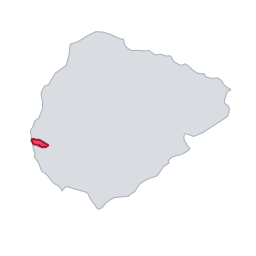 Aiguá, Maldonado, Uruguay (highlighted), rotated 105°
{"feature_id": "84410073B87742847582616", "entity_name": "Aiguá", "entity_type": "district", "adm_level": 2, "iso_a3": "URY", "parent_name": "Uruguay", "parent_adm1": "Maldonado", "projection": "orthographic", "projection_center": [-54.554, -34.619], "detail": "fine", "context": "in_parent", "style": "filled", "palette": "rose", "viewbox_px": 256, "rotation_deg": 105, "n_neighbors": 0, "source": "geoboundaries", "source_scale": "gbopen_adm2", "svg_char_len": 4274}
<svg xmlns="http://www.w3.org/2000/svg" viewBox="0 0 256 256"><g transform="rotate(105 128 128)"><path d="M205.8,175.4L204.2,176.8L202.4,179.5L200.4,186.0L193.6,195.0L192.2,200.1L184.9,205.3L179.8,211.3L176.5,211.1L173.5,213.7L156.3,221.5L150.2,220.1L145.6,220.1L141.4,216.7L131.7,215.6L125.6,217.0L117.5,220.9L115.1,220.9L113.3,220.7L108.9,219.2L106.4,215.9L93.8,212.4L83.5,203.9L71.5,204.0L62.4,205.5L60.9,204.4L59.9,202.1L57.9,199.0L49.8,191.5L43.3,184.1L41.8,176.7L42.3,168.4L43.9,158.7L43.4,155.7L45.7,153.9L48.0,153.4L50.1,150.9L51.9,147.0L52.2,144.1L50.5,138.9L49.1,131.5L47.7,127.8L50.1,121.9L50.1,119.1L48.6,116.7L48.1,114.1L48.7,111.5L48.4,108.9L47.4,106.5L48.1,104.5L50.4,102.8L52.1,100.4L53.1,97.0L53.6,94.5L53.6,92.8L52.8,91.2L51.3,89.7L51.9,86.6L54.6,82.0L56.3,77.9L57.0,74.3L56.9,71.5L55.9,69.3L56.2,67.9L58.0,67.0L58.7,64.7L58.2,59.0L56.3,54.4L57.6,50.6L61.4,46.2L63.4,42.7L63.5,40.0L64.7,38.5L66.7,41.3L72.3,41.9L78.0,41.8L78.9,41.1L81.1,36.3L84.0,34.9L87.2,34.5L90.7,34.7L94.5,37.7L105.3,47.6L113.1,54.5L115.5,57.7L117.6,60.2L119.2,62.5L118.6,68.5L118.7,71.1L119.1,71.9L120.8,71.9L123.5,71.4L125.6,70.1L127.3,68.2L129.0,66.6L130.3,65.7L130.8,64.5L131.6,63.1L132.4,62.8L133.9,63.8L137.6,67.2L140.4,70.4L141.1,72.2L142.2,74.1L143.3,75.7L144.1,77.3L146.8,79.4L149.6,80.7L151.4,79.3L156.1,83.7L166.3,87.3L168.2,89.5L170.0,92.7L173.6,97.4L178.5,101.7L182.4,103.5L186.3,104.6L188.4,105.5L189.8,107.2L192.1,109.0L193.6,109.6L194.1,111.2L195.6,114.7L197.1,119.1L198.8,123.2L202.4,127.1L206.5,130.2L210.8,131.9L213.2,134.1L214.2,136.3L211.3,139.6L208.1,143.7L205.3,146.9L202.4,149.1L201.4,150.6L200.8,153.1L200.7,165.9L200.4,170.7L200.6,171.9L201.0,172.8L202.8,174.1L204.9,175.2L205.8,175.4Z" fill="#d9dde1" stroke="#a8b0b8" stroke-width="1"/><path d="M163.4,205.9L163.4,206.0L163.8,206.2L163.9,206.3L163.9,206.5L164.0,206.7L163.9,206.8L163.6,207.1L163.4,207.3L163.1,207.4L162.9,207.5L162.8,207.8L162.9,208.2L162.8,208.5L162.4,209.4L162.4,209.5L162.5,209.7L162.5,209.9L162.4,209.9L162.3,210.0L162.3,210.4L162.2,210.5L162.3,210.6L162.5,210.8L162.5,211.0L162.4,211.5L162.6,211.6L162.6,211.8L162.5,212.0L162.6,212.4L163.0,212.6L163.2,212.9L163.2,213.0L163.1,213.4L162.9,213.7L163.0,213.9L163.0,214.0L162.9,214.1L162.9,214.4L163.0,215.1L163.0,215.4L163.2,215.5L162.9,215.8L162.9,216.0L163.1,216.1L163.3,216.2L163.3,216.3L163.2,216.4L163.1,216.5L162.8,216.7L162.9,216.8L163.0,217.0L163.3,217.3L163.5,217.4L163.7,217.5L163.6,217.8L163.6,218.0L163.9,217.9L164.0,217.9L164.4,217.8L164.5,217.9L164.6,218.0L164.8,218.2L165.0,218.1L164.9,218.1L165.0,218.1L164.9,218.0L164.9,217.9L165.0,217.8L165.1,217.6L165.3,217.4L165.7,217.2L167.1,216.4L167.0,216.2L167.3,216.1L167.6,215.9L167.7,215.7L167.7,215.4L167.5,215.2L167.6,214.8L167.6,214.7L167.8,214.5L167.7,214.6L167.8,214.7L168.0,214.7L168.3,214.7L168.4,214.2L168.3,213.8L168.2,213.7L168.0,213.4L168.0,213.2L167.9,212.9L168.0,212.8L168.0,212.7L168.1,212.4L168.1,212.2L168.1,211.9L168.0,211.7L168.1,211.4L168.0,211.2L167.9,211.0L167.8,210.9L167.9,210.7L168.0,210.6L167.9,210.5L168.0,210.4L168.1,210.2L168.0,209.9L168.1,209.7L168.0,209.4L167.9,209.3L168.0,209.3L167.9,209.2L168.0,209.0L167.9,209.0L168.0,208.9L167.9,208.9L168.0,208.8L168.0,208.7L168.2,208.4L168.1,208.2L168.2,207.9L168.3,207.8L168.3,207.7L168.5,207.7L168.6,207.4L168.7,207.2L168.8,207.2L169.0,206.9L169.1,206.6L169.1,206.4L169.0,206.2L169.0,205.9L168.8,205.9L168.7,205.6L168.7,205.4L168.5,205.2L168.4,205.1L168.2,205.3L168.1,205.2L168.0,204.9L167.9,204.8L168.0,204.6L167.9,204.5L167.9,204.4L168.0,204.3L168.1,204.2L167.9,204.2L168.0,204.1L167.9,204.0L167.9,203.9L168.0,203.8L168.0,203.7L167.9,203.7L167.9,203.4L167.9,203.5L168.0,203.5L168.0,203.4L167.9,203.4L167.9,203.2L167.7,203.1L167.6,202.9L167.6,202.7L167.5,202.8L167.4,202.8L167.4,202.7L167.4,202.4L167.2,202.4L167.2,202.2L167.2,201.9L166.9,201.8L166.9,201.7L166.7,201.6L166.3,201.4L166.2,201.2L166.2,200.9L165.8,201.0L165.7,201.0L165.5,200.8L165.3,200.7L165.2,200.5L165.1,200.4L165.0,200.5L164.9,200.7L164.9,201.1L164.7,201.3L164.6,201.5L164.5,201.9L164.7,202.9L164.6,203.1L164.4,203.3L164.4,203.5L164.1,203.8L164.3,204.2L164.3,204.3L164.2,204.3L163.8,204.6L163.7,204.7L163.6,204.9L163.6,205.2L163.6,205.4L163.5,205.5L163.5,205.8L163.4,205.9Z" fill="#f43f5e" stroke="#9f1239" stroke-width="1.5"/></g></svg>